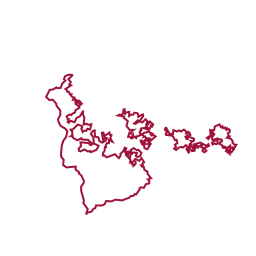 outline of Ñürüm, Veraguas, Panama, rotated 236°
{"feature_id": "35544464B55183613769543", "entity_name": "Ñürüm", "entity_type": "district", "adm_level": 2, "iso_a3": "PAN", "parent_name": "Panama", "parent_adm1": "Veraguas", "projection": "orthographic", "projection_center": [-81.4, 8.371], "detail": "fine", "context": "isolated", "style": "outline", "palette": "rose", "viewbox_px": 256, "rotation_deg": 236, "n_neighbors": 0, "source": "geoboundaries", "source_scale": "gbopen_adm2", "svg_char_len": 5818}
<svg xmlns="http://www.w3.org/2000/svg" viewBox="0 0 256 256"><g transform="rotate(236 128 128)"><path d="M79.8,44.8L80.6,46.7L79.1,50.9L80.4,54.4L79.8,56.0L81.7,58.3L78.3,63.0L77.9,66.1L79.7,69.0L76.5,73.2L75.5,77.7L71.3,82.5L69.6,89.8L70.0,92.4L68.7,94.7L69.5,96.5L68.4,97.5L70.5,103.3L71.6,103.7L71.6,105.7L69.5,107.6L71.4,111.5L70.3,114.4L72.1,116.0L73.7,115.8L73.0,116.5L74.4,117.8L73.6,119.0L79.0,118.6L81.1,119.8L83.8,118.2L87.1,119.3L88.1,118.0L89.7,117.9L88.8,119.5L90.6,120.3L90.6,122.2L95.5,122.4L94.4,119.0L98.3,116.8L97.6,114.6L95.3,115.3L93.9,114.0L93.6,111.2L96.0,112.1L96.2,111.3L97.4,112.5L98.3,110.4L99.8,112.1L103.4,111.9L102.2,113.1L104.2,114.9L104.7,118.9L102.2,121.4L100.5,118.9L98.7,119.5L97.9,122.3L99.9,125.2L104.1,124.4L104.5,122.9L108.3,121.4L108.1,117.5L105.8,117.3L105.5,115.7L108.3,115.1L108.6,114.1L105.5,113.1L104.8,111.6L107.1,111.2L108.7,112.7L109.9,112.1L112.1,115.2L113.5,114.3L111.5,111.2L110.7,107.1L109.2,106.4L108.1,103.6L113.6,102.5L115.6,93.9L118.6,93.0L119.2,91.8L121.1,93.1L122.2,95.8L124.9,98.1L124.5,99.2L125.7,99.4L127.3,102.0L126.1,103.7L128.7,105.6L125.4,107.4L129.6,107.7L131.4,110.3L132.4,109.2L134.6,110.1L134.4,104.1L138.0,105.0L138.6,103.6L132.0,100.7L132.8,103.5L131.2,104.9L130.1,102.6L130.2,98.5L133.3,97.0L136.8,98.2L139.4,95.8L144.6,99.0L145.2,97.2L144.0,93.9L139.8,94.1L135.2,91.5L134.4,89.8L134.4,90.9L129.7,93.7L128.3,91.4L127.6,89.4L128.7,83.7L130.1,83.9L130.8,81.7L134.6,79.9L135.2,75.6L136.2,74.7L138.4,75.4L139.3,79.0L142.7,80.6L137.6,86.9L135.0,87.2L134.4,88.4L135.3,89.4L140.5,88.3L144.2,83.4L145.6,83.6L146.1,79.5L147.7,78.2L151.0,76.9L152.3,77.6L153.2,76.2L153.3,77.9L156.3,79.8L158.7,79.5L157.7,81.7L158.9,88.3L156.0,90.5L154.2,90.5L153.6,89.0L150.0,88.2L150.2,90.5L148.9,91.9L150.1,93.9L148.0,95.7L151.6,99.7L152.9,96.8L154.6,96.2L155.6,93.1L160.9,97.5L164.6,98.3L167.4,100.6L164.6,94.8L165.1,91.0L162.6,86.9L166.1,84.4L165.4,81.9L166.8,81.4L168.4,83.7L168.7,83.0L172.0,83.6L172.0,86.9L170.4,88.3L171.1,90.0L170.4,92.5L172.1,94.6L172.0,99.1L174.1,100.1L174.5,98.9L177.2,98.5L177.6,101.2L173.8,101.7L173.9,103.3L177.8,102.9L179.7,100.4L181.0,101.0L179.2,99.9L178.6,98.8L181.3,100.3L182.1,98.3L183.3,100.5L184.5,99.2L186.8,98.9L187.5,100.0L188.5,98.6L190.6,99.3L192.3,97.9L193.2,98.6L195.3,98.0L195.2,104.7L196.9,103.6L198.1,106.3L201.8,105.9L202.7,111.2L203.6,111.2L205.6,108.0L206.1,104.9L204.4,102.2L202.4,102.6L201.5,98.2L198.9,94.5L200.5,91.7L201.7,91.3L201.8,88.0L203.3,84.2L199.5,77.5L195.1,78.4L193.6,81.4L188.4,82.1L186.4,81.2L180.3,81.6L176.7,79.2L174.3,74.8L171.9,73.9L167.4,73.3L162.4,75.7L159.2,75.9L155.2,71.8L153.7,67.4L150.5,63.3L143.2,57.4L141.1,56.5L137.8,57.0L133.5,53.5L129.7,55.0L125.3,63.1L123.0,61.3L118.7,62.7L117.5,61.9L115.1,62.8L108.9,61.9L107.2,60.5L105.7,56.5L102.2,54.1L92.6,50.9L90.7,49.0L83.3,49.3L79.8,44.8ZM116.9,150.9L121.1,149.8L119.2,145.0L120.8,145.0L122.4,147.9L125.5,147.5L124.6,142.9L126.3,142.0L128.0,138.5L127.2,138.3L127.3,136.3L128.3,135.6L128.9,140.5L127.3,141.7L129.3,147.3L131.0,147.9L131.5,142.8L133.6,144.1L135.4,143.8L137.1,141.8L136.1,139.8L137.3,138.1L137.3,135.6L140.7,138.0L142.2,134.2L145.5,135.7L145.8,134.7L144.4,133.3L141.9,133.1L143.1,132.1L142.4,129.4L143.8,128.5L144.0,126.7L139.8,131.2L138.9,130.2L133.8,131.7L130.6,127.9L125.0,128.3L123.3,131.5L123.2,129.7L121.5,127.4L123.3,126.5L120.6,123.2L120.0,124.3L117.5,125.0L117.0,126.5L117.7,127.4L118.6,126.6L119.4,128.4L117.5,127.3L116.3,130.2L114.4,128.4L116.0,130.4L115.2,133.8L114.5,136.0L112.3,136.6L111.8,135.9L111.3,137.5L106.9,136.6L108.5,135.1L108.1,134.2L104.8,133.5L105.1,132.1L110.0,132.5L110.4,131.3L106.6,130.6L104.8,131.6L102.2,130.4L99.6,132.0L102.1,138.0L102.9,137.9L103.1,135.5L104.0,135.6L103.9,137.3L108.5,138.3L107.1,140.3L105.8,138.7L104.8,139.2L105.6,146.2L108.1,145.0L108.5,143.4L109.9,143.2L109.7,145.0L113.2,143.2L115.1,138.3L114.7,136.6L116.3,134.8L118.5,135.7L118.6,137.8L119.8,137.8L120.3,139.1L118.7,141.5L119.0,144.1L117.3,143.7L117.0,142.5L115.0,143.9L117.0,144.4L115.3,145.8L117.3,148.4L115.7,148.7L116.9,150.9ZM56.2,202.8L51.8,199.7L54.0,198.7L53.4,198.0L54.8,198.3L54.1,196.3L50.0,197.7L51.5,198.1L49.9,199.9L50.9,202.8L53.1,203.1L51.9,204.0L53.2,204.2L52.1,205.6L53.5,208.4L54.7,206.9L57.3,206.4L58.1,207.3L61.2,207.4L63.4,205.7L64.0,207.1L64.8,205.2L65.2,207.2L67.8,207.8L67.7,209.7L69.0,211.2L70.8,210.9L71.2,208.8L72.5,209.9L73.0,208.2L74.3,208.6L74.8,206.7L76.6,207.3L76.6,205.5L79.8,205.9L80.7,200.9L78.1,198.2L79.6,196.0L76.8,196.0L76.7,193.1L77.9,194.6L79.4,194.4L75.6,192.4L75.7,187.9L73.9,188.4L75.4,192.5L76.1,192.8L74.8,194.4L76.1,195.6L74.6,196.1L73.3,192.5L71.6,191.4L69.3,191.9L68.7,189.3L66.9,189.0L66.8,191.2L65.1,192.1L65.3,194.0L67.8,194.9L69.4,192.2L70.4,192.5L69.2,196.6L67.8,196.6L67.1,198.4L65.4,199.2L64.3,198.3L64.9,196.7L63.7,194.9L61.8,196.2L58.3,195.8L57.1,197.5L58.4,197.7L57.4,198.5L55.7,197.8L56.2,202.8ZM74.0,165.5L75.8,165.9L76.9,167.0L75.9,167.6L78.1,168.5L76.4,170.7L79.6,169.5L80.1,170.3L79.0,172.2L79.9,171.4L81.0,173.2L82.0,173.0L80.4,175.0L82.0,176.8L87.2,173.3L85.4,171.2L86.3,170.3L88.7,170.8L87.4,175.9L89.5,176.3L90.9,175.9L90.1,173.9L91.0,173.0L91.9,174.5L95.4,173.4L95.5,169.9L97.5,169.1L97.6,166.7L100.9,164.5L97.9,161.9L99.9,159.2L106.8,159.8L107.0,158.7L106.1,157.6L102.5,158.2L102.3,156.2L101.0,155.7L96.6,160.6L91.5,160.2L91.3,161.4L90.1,161.6L87.9,160.4L87.9,157.5L85.4,157.2L85.0,154.7L82.9,155.6L83.3,159.0L82.5,161.7L81.0,162.7L81.5,166.4L78.7,166.8L78.0,164.8L73.8,164.5L74.0,165.5ZM65.1,177.8L65.3,180.3L67.8,179.8L68.5,180.6L67.9,185.3L69.7,185.6L69.4,183.0L75.5,179.8L77.6,173.1L76.7,172.2L75.9,175.2L75.1,175.1L74.6,173.9L76.0,171.4L74.3,170.7L74.2,168.1L73.0,168.1L71.9,170.5L74.6,173.0L72.6,174.8L73.8,175.8L72.7,176.8L73.2,179.4L72.1,179.5L71.3,178.1L69.7,179.1L67.1,176.9L65.1,177.8Z" fill="none" stroke="#9f1239" stroke-width="2"/></g></svg>